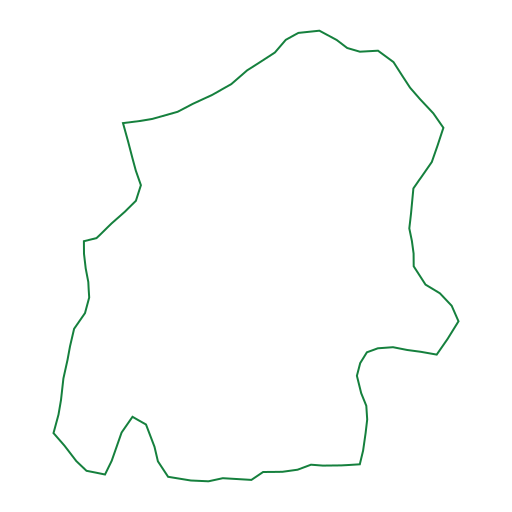 outline of Aniocha South, Delta, Nigeria
{"feature_id": "59680162B29589714384573", "entity_name": "Aniocha South", "entity_type": "district", "adm_level": 2, "iso_a3": "NGA", "parent_name": "Nigeria", "parent_adm1": "Delta", "projection": "robinson", "projection_center": [6.492, 6.145], "detail": "fine", "context": "isolated", "style": "outline", "palette": "green", "viewbox_px": 512, "rotation_deg": 0, "n_neighbors": 0, "source": "geoboundaries", "source_scale": "gbopen_adm2", "svg_char_len": 1544}
<svg xmlns="http://www.w3.org/2000/svg" viewBox="0 0 512 512"><path d="M378.0,50.7L359.9,51.7L347.2,48.0L337.1,40.3L336.9,40.1L319.4,30.7L302.2,32.5L298.4,32.9L294.5,35.0L285.8,39.8L280.4,46.1L274.9,52.5L258.1,63.4L256.2,64.6L247.2,70.3L231.3,84.1L221.0,89.9L220.9,90.0L212.0,95.0L203.5,98.9L200.7,100.2L192.7,103.9L177.6,111.8L152.4,118.9L139.8,121.0L123.0,123.1L128.1,141.5L132.4,158.0L135.8,170.6L140.9,185.2L135.9,200.8L127.9,208.7L125.0,211.6L111.6,223.4L107.7,227.2L99.8,235.0L96.5,238.1L83.9,241.2L84.0,253.8L85.7,268.4L88.3,282.0L88.7,289.8L89.2,297.5L85.0,313.1L74.1,328.8L70.0,346.4L67.5,360.0L63.4,378.5L61.0,400.0L58.5,414.6L53.5,433.1L64.5,445.7L76.3,461.1L86.5,470.8L95.7,472.6L105.0,474.5L111.7,460.8L121.6,432.5L132.5,416.8L138.4,420.2L146.0,424.5L154.5,446.8L157.9,461.3L168.1,476.8L190.8,480.5L208.5,481.3L222.8,478.2L251.4,479.9L260.0,474.1L263.1,472.0L275.1,471.9L282.4,471.8L297.6,469.7L311.0,464.7L322.8,465.6L341.3,465.4L348.8,465.0L359.8,464.3L363.1,450.6L365.6,433.1L367.2,419.5L366.3,405.8L361.2,393.2L356.9,375.8L360.2,363.1L366.9,352.3L374.6,349.5L377.8,348.3L393.0,347.2L407.3,350.0L420.8,351.8L436.7,354.6L447.6,338.9L458.5,321.3L456.7,317.2L451.7,305.8L439.9,293.3L425.5,284.6L421.9,279.0L413.7,266.3L413.6,253.6L411.9,241.0L409.3,228.4L410.3,219.9L411.0,213.7L413.4,188.4L416.4,184.1L419.0,180.3L420.9,177.7L431.8,162.0L436.1,149.7L437.6,145.4L441.9,132.3L443.4,127.8L433.3,113.3L419.8,98.9L410.5,88.2L409.8,87.3L405.1,80.1L402.8,76.6L393.5,62.1L378.0,50.7Z" fill="none" stroke="#15803d" stroke-width="2"/></svg>